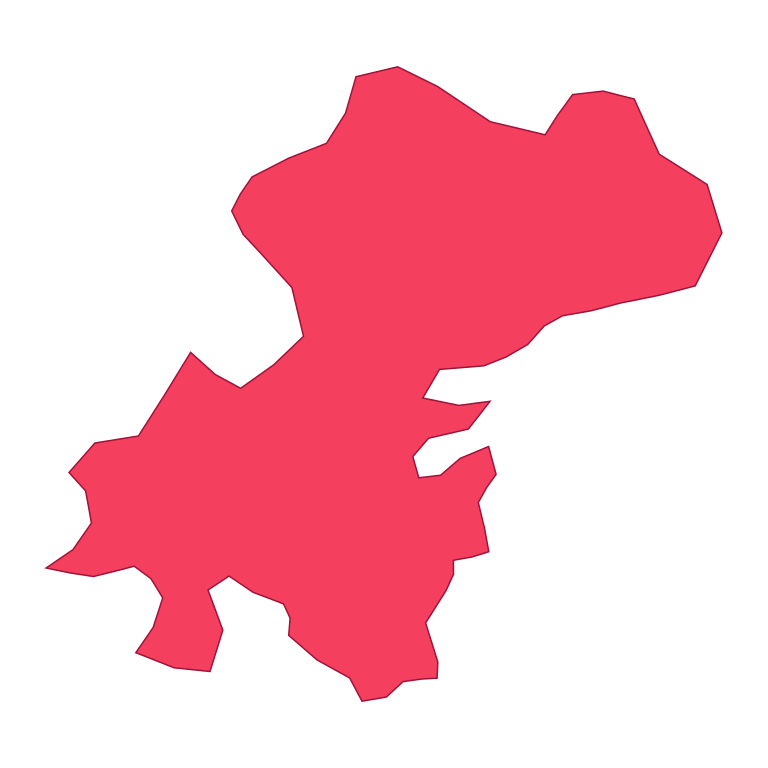 Xocavənd, orthographic projection
{"feature_id": "AZE-1734", "entity_name": "Xocavənd", "entity_type": "District", "adm_level": 1, "iso_a3": "AZE", "parent_name": "Azerbaijan", "parent_adm1": "", "projection": "orthographic", "projection_center": [46.968, 39.63], "detail": "fine", "context": "isolated", "style": "filled", "palette": "rose", "viewbox_px": 768, "rotation_deg": 0, "n_neighbors": 0, "source": "natural_earth", "source_scale": "10m", "svg_char_len": 1552}
<svg xmlns="http://www.w3.org/2000/svg" viewBox="0 0 768 768"><path d="M240.6,388.3L273.6,364.9L303.5,336.3L291.9,287.6L260.5,253.0L243.1,234.4L231.7,210.9L240.3,194.1L252.1,176.9L288.8,158.1L326.5,143.3L345.6,113.0L356.0,76.7L397.7,66.8L437.6,86.5L490.2,121.7L545.1,134.8L557.7,115.0L563.1,107.7L569.0,99.6L572.6,94.6L578.5,93.9L603.2,91.1L619.8,95.4L634.2,99.0L642.7,117.8L659.2,154.2L694.7,176.6L707.1,184.5L721.9,232.9L695.2,285.9L658.6,295.4L641.6,298.8L641.2,298.9L621.0,302.9L591.4,310.7L562.6,315.7L544.3,325.9L527.7,344.5L506.3,356.9L483.9,365.8L446.1,368.9L439.5,369.4L422.8,398.0L458.8,405.4L490.0,401.3L480.3,413.8L468.4,429.0L428.7,438.2L425.9,441.3L412.8,456.6L418.8,477.8L440.6,475.2L460.1,458.4L488.6,446.5L496.1,474.4L486.6,487.6L478.3,502.5L483.2,522.9L484.4,527.6L488.8,551.7L471.9,557.0L461.1,558.9L453.4,560.3L453.5,574.2L451.0,579.7L446.1,590.5L431.2,614.1L425.6,622.9L433.9,649.4L437.8,662.0L437.1,678.2L422.2,679.0L403.1,681.6L386.4,697.0L362.0,701.2L349.7,678.0L317.0,659.9L288.7,635.4L290.1,618.1L283.5,603.9L268.4,598.1L253.2,592.4L230.9,577.3L229.0,576.1L208.0,590.0L215.1,609.1L222.8,630.1L221.5,634.4L216.7,649.9L210.0,671.5L174.1,667.8L168.3,665.5L164.8,664.1L135.8,652.7L153.1,627.6L159.6,607.6L162.7,597.8L157.6,589.5L150.9,578.6L134.2,566.2L113.8,571.5L93.4,576.5L69.9,572.9L46.1,568.0L73.0,549.6L91.4,523.1L90.8,519.5L88.1,504.5L85.6,490.9L69.0,472.5L78.7,461.5L94.9,443.0L138.4,436.0L143.3,428.3L147.1,422.4L164.9,394.4L190.6,352.4L215.2,374.5L240.6,388.3Z" fill="#f43f5e" stroke="#9f1239" stroke-width="1.5"/></svg>